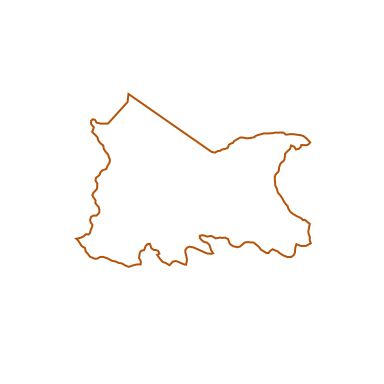 the district of Lajedão, Bahia, Brazil, rotated 312°
{"feature_id": "56859067B25037428626616", "entity_name": "Lajedão", "entity_type": "district", "adm_level": 2, "iso_a3": "BRA", "parent_name": "Brazil", "parent_adm1": "Bahia", "projection": "robinson", "projection_center": [-40.309, -17.565], "detail": "fine", "context": "isolated", "style": "outline", "palette": "amber", "viewbox_px": 384, "rotation_deg": 312, "n_neighbors": 0, "source": "geoboundaries", "source_scale": "gbopen_adm2", "svg_char_len": 3141}
<svg xmlns="http://www.w3.org/2000/svg" viewBox="0 0 384 384"><g transform="rotate(312 192 192)"><path d="M222.3,79.2L215.8,83.9L186.6,83.8L181.8,78.5L179.7,74.7L180.7,71.6L179.5,69.5L177.3,69.4L175.0,71.6L174.4,75.8L171.9,76.8L169.9,77.6L169.7,79.7L169.7,82.1L169.4,85.2L168.2,86.8L167.3,89.0L166.9,91.7L167.2,94.9L165.0,97.6L164.1,100.8L163.7,104.6L162.4,106.8L161.0,109.5L158.6,111.1L155.2,111.6L151.8,113.0L148.7,111.1L145.3,110.7L143.5,111.8L141.0,111.7L138.2,111.1L135.9,112.7L135.0,115.9L132.6,117.9L130.6,119.3L128.0,119.3L125.1,119.3L123.0,120.0L122.0,122.5L121.3,125.9L119.1,127.5L118.6,130.4L118.4,132.7L116.8,135.1L115.0,136.6L113.1,137.0L110.4,136.7L108.4,134.4L105.8,133.7L102.9,135.0L101.5,137.4L101.0,139.9L99.4,141.1L97.1,141.8L95.1,142.6L93.4,143.6L91.2,143.6L89.7,141.4L86.7,141.2L84.2,140.2L81.9,138.8L79.8,137.3L79.8,139.7L78.0,146.2L78.8,149.9L76.6,152.9L76.4,155.7L75.6,159.4L77.4,164.5L79.2,166.2L82.3,167.3L84.4,169.5L86.2,173.9L87.3,178.4L89.4,182.1L90.1,184.7L92.0,187.7L93.0,192.4L94.1,195.1L99.4,198.1L101.5,199.8L103.9,202.3L106.2,200.4L107.6,196.7L111.7,194.0L114.1,193.5L116.9,195.3L120.5,193.8L123.4,193.7L125.3,195.4L123.0,199.5L123.4,202.4L124.9,204.3L125.6,206.3L124.4,209.0L121.9,208.2L120.9,213.1L120.4,217.0L121.7,219.9L122.5,224.3L127.3,224.3L129.7,226.0L130.7,227.8L131.8,231.4L132.9,234.5L133.9,236.2L136.9,234.6L139.0,232.9L143.0,227.1L144.6,225.8L147.3,225.6L149.7,226.7L151.9,230.4L156.3,244.1L158.9,247.6L160.6,248.7L161.5,245.3L164.4,240.2L164.4,237.0L162.8,234.0L162.7,231.4L163.1,228.6L164.7,227.1L167.2,229.0L169.2,233.5L170.9,234.5L172.4,235.9L173.4,240.6L175.1,242.0L176.7,243.1L178.4,245.5L180.2,247.1L181.2,250.3L179.0,254.2L178.8,256.4L179.3,258.9L181.2,262.6L183.7,264.2L189.8,265.0L191.6,266.5L195.7,271.6L196.0,278.1L195.3,281.9L196.5,288.2L198.0,289.8L200.1,289.5L203.3,290.1L205.3,295.8L205.2,298.0L206.0,302.4L207.6,306.6L210.3,309.3L213.1,309.8L215.7,309.1L219.5,306.2L223.1,304.5L224.8,309.1L228.2,312.8L233.5,314.6L234.5,312.3L235.9,310.9L237.6,309.5L238.8,306.8L240.8,304.6L242.7,303.5L245.0,302.1L247.1,301.0L246.9,297.4L246.8,294.3L245.3,293.2L245.6,291.1L245.0,288.8L244.1,286.0L243.4,282.2L243.0,279.1L243.4,276.9L244.3,274.3L245.5,272.7L245.7,270.1L246.5,266.6L247.5,263.9L248.1,261.8L248.6,259.7L248.9,256.5L251.2,252.9L252.5,249.6L255.0,247.0L256.8,245.1L258.7,243.3L261.4,242.4L265.0,242.6L266.9,241.6L268.7,240.3L270.6,239.3L273.0,238.7L275.6,239.2L277.9,239.0L280.6,237.2L282.5,235.7L285.1,235.6L287.4,235.8L289.6,236.1L292.9,234.5L294.1,237.7L293.1,240.7L295.5,242.4L298.1,242.7L300.0,241.8L301.7,243.8L303.2,245.6L305.1,246.7L308.0,246.6L308.2,243.9L308.4,240.5L308.1,237.3L306.9,234.6L304.9,231.8L302.6,228.4L300.5,226.0L298.7,224.6L297.3,223.1L297.5,220.5L295.6,218.2L293.7,216.3L292.2,214.4L290.2,213.0L288.7,211.6L287.2,210.1L285.5,208.3L283.6,206.2L281.1,204.6L278.8,203.1L276.6,201.9L274.1,201.4L271.1,199.2L268.6,196.9L266.6,193.5L264.9,191.6L261.5,190.3L258.3,189.3L255.8,189.5L253.9,188.4L251.7,187.9L248.6,189.0L246.4,187.9L243.6,185.8L241.4,185.3L239.5,183.7L236.6,182.7L234.9,179.6L222.3,79.2Z" fill="none" stroke="#b45309" stroke-width="2"/></g></svg>